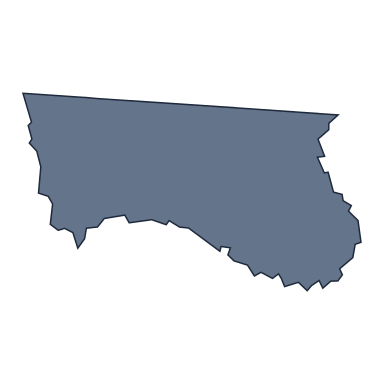 Hamilton, Florida, United States of America (Mercator projection)
{"feature_id": "52423323B5794774245983", "entity_name": "Hamilton", "entity_type": "district", "adm_level": 2, "iso_a3": "USA", "parent_name": "United States of America", "parent_adm1": "Florida", "projection": "mercator", "projection_center": [-82.926, 30.475], "detail": "fine", "context": "isolated", "style": "filled", "palette": "slate", "viewbox_px": 384, "rotation_deg": 0, "n_neighbors": 0, "source": "geoboundaries", "source_scale": "gbopen_adm2", "svg_char_len": 989}
<svg xmlns="http://www.w3.org/2000/svg" viewBox="0 0 384 384"><path d="M281.3,278.4L284.6,286.6L298.4,282.3L307.2,290.7L311.6,285.5L319.1,280.5L322.8,288.2L330.7,281.2L337.9,280.9L342.4,274.8L339.6,268.8L352.8,257.6L355.2,244.3L361.0,242.3L358.0,220.5L348.5,211.2L351.3,205.6L343.1,200.7L342.1,194.4L333.5,192.1L328.1,172.2L324.3,172.9L317.4,157.2L324.6,156.3L318.0,139.1L328.8,129.7L328.8,123.4L338.1,114.9L333.1,114.6L236.6,107.9L235.8,107.8L99.2,98.7L96.4,98.5L85.8,97.5L81.9,97.3L75.9,96.9L68.9,96.4L23.0,93.3L31.5,122.2L28.2,125.5L31.9,139.0L29.3,143.1L36.8,151.2L40.8,166.8L38.5,193.1L48.2,196.3L52.6,204.0L50.3,224.3L58.2,230.3L64.6,228.4L72.9,232.6L77.8,248.2L84.6,238.7L86.4,228.2L97.5,227.0L104.3,218.5L124.8,215.1L129.2,222.8L151.7,219.7L166.2,224.7L169.1,220.6L179.6,227.1L188.5,228.0L219.9,251.3L221.1,246.5L230.4,247.8L227.9,254.9L234.0,260.9L247.5,265.1L254.4,276.0L261.0,272.3L272.5,278.4L278.5,273.9L281.3,278.4Z" fill="#64748b" stroke="#1e293b" stroke-width="1.5"/></svg>